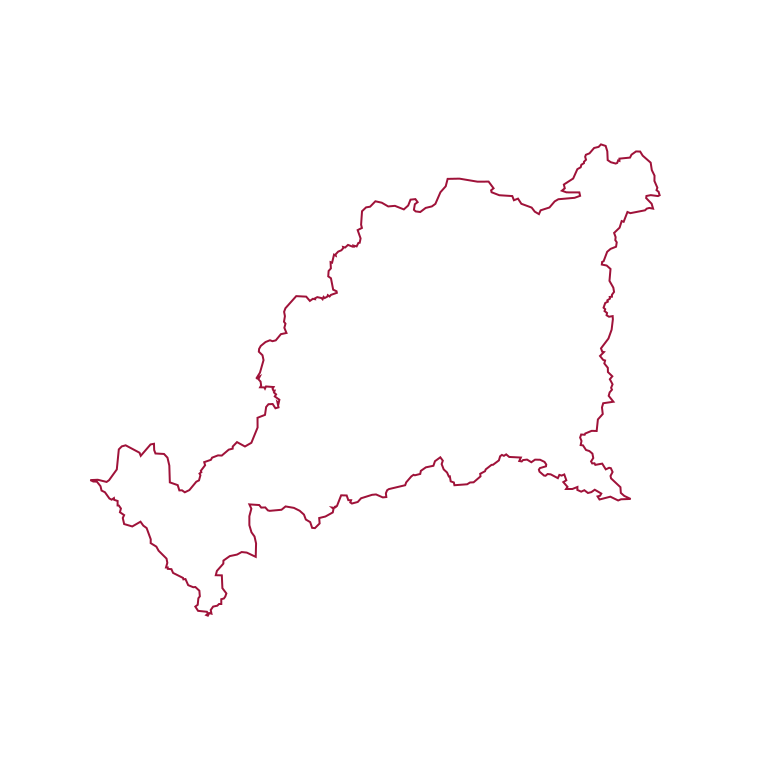 outline of San Martín de Bolaños, Jalisco, Mexico, rotated 79°
{"feature_id": "50627088B70833625521917", "entity_name": "San Martín de Bolaños", "entity_type": "district", "adm_level": 2, "iso_a3": "MEX", "parent_name": "Mexico", "parent_adm1": "Jalisco", "projection": "natural_earth1", "projection_center": [-103.757, 21.572], "detail": "fine", "context": "isolated", "style": "outline", "palette": "rose", "viewbox_px": 768, "rotation_deg": 79, "n_neighbors": 0, "source": "geoboundaries", "source_scale": "gbopen_adm2", "svg_char_len": 6142}
<svg xmlns="http://www.w3.org/2000/svg" viewBox="0 0 768 768"><g transform="rotate(79 384 384)"><path d="M203.8,92.2L206.1,97.3L208.7,99.3L207.7,109.9L209.9,110.3L209.2,111.5L211.5,112.9L211.8,114.5L209.6,119.0L206.9,121.7L198.2,120.4L192.6,121.0L190.2,125.3L192.2,128.1L192.4,132.7L196.8,138.3L197.5,142.1L199.4,143.2L202.4,142.9L204.0,145.3L205.4,145.6L206.4,148.4L208.8,149.6L210.0,153.2L218.4,159.1L222.5,169.4L226.4,169.2L228.2,172.5L230.7,168.3L233.2,155.7L236.7,155.6L237.6,161.4L235.9,177.6L237.3,181.6L242.3,187.9L243.4,197.1L246.8,199.5L243.6,203.1L239.0,205.4L233.3,214.8L227.6,217.1L228.4,221.4L224.0,222.2L220.7,234.8L216.3,241.8L214.3,241.9L212.8,239.1L205.3,242.7L203.2,253.7L196.8,270.8L194.8,282.4L201.7,285.7L206.5,292.0L217.0,299.2L218.8,303.1L219.1,309.5L222.1,315.6L220.6,320.0L218.7,321.4L213.4,319.4L211.9,316.3L208.5,317.9L208.1,322.8L213.4,326.2L216.4,331.2L211.2,339.3L210.5,346.0L205.6,351.6L203.0,357.6L207.3,363.8L207.2,367.9L210.2,372.6L223.3,376.1L226.6,375.9L227.9,380.5L236.6,379.2L240.7,380.9L240.6,382.2L243.7,384.6L242.3,387.6L243.4,387.5L243.2,388.6L240.6,392.8L242.6,396.1L241.7,398.0L242.7,397.9L244.6,400.3L245.3,403.7L247.6,406.9L248.8,406.9L247.5,408.4L255.0,411.8L254.2,413.2L260.4,414.1L262.5,416.8L267.7,418.2L270.1,415.9L281.7,415.9L283.9,412.9L285.5,412.9L286.4,419.1L287.7,420.7L286.1,422.2L287.4,422.9L288.3,425.8L287.0,426.7L289.1,428.1L287.7,429.0L286.0,432.9L286.8,435.5L287.6,435.5L286.8,437.6L288.3,440.9L283.4,443.7L281.0,453.4L290.8,466.3L294.1,468.3L298.5,468.3L303.8,470.3L306.0,469.2L309.8,471.1L315.3,470.0L315.4,475.7L320.5,481.9L320.7,485.3L319.3,487.6L320.2,492.3L323.1,497.7L325.7,499.9L328.4,500.7L332.6,497.8L337.6,497.7L349.2,503.6L354.4,508.4L353.0,504.6L355.3,506.4L358.1,504.7L362.0,504.9L363.6,506.2L364.5,502.1L365.8,501.7L363.9,500.3L365.9,493.0L367.4,494.3L369.4,493.8L369.6,492.6L371.4,493.6L373.6,491.9L375.4,493.6L379.5,489.7L382.7,491.1L381.3,492.1L386.8,492.0L387.1,495.2L382.4,497.1L381.8,501.3L384.1,504.1L391.6,506.7L393.0,514.6L402.6,516.4L416.4,525.4L418.8,532.4L413.0,539.4L416.5,544.4L418.6,544.9L418.8,548.9L423.3,556.9L422.4,560.6L423.5,566.8L425.4,568.4L426.4,575.4L429.6,575.1L434.3,580.4L435.7,580.1L436.7,582.2L438.5,581.6L443.3,584.0L444.1,586.9L451.0,595.3L452.3,600.2L449.8,602.6L449.4,605.2L443.9,605.8L439.7,613.0L423.1,610.3L415.0,610.6L410.7,613.3L408.6,621.6L405.0,622.2L398.8,621.2L398.8,624.7L408.1,636.5L404.8,637.1L394.9,649.3L395.2,653.3L397.6,656.8L416.9,662.6L426.0,672.3L427.2,675.0L423.4,683.2L422.3,690.6L424.3,687.9L425.0,684.5L430.2,681.8L434.7,681.6L437.0,678.6L444.0,675.4L445.6,673.4L444.5,670.9L446.2,671.0L448.0,667.8L452.4,668.7L452.7,667.5L456.0,666.0L459.5,667.7L463.1,664.1L465.7,666.0L471.9,665.8L475.8,658.3L472.7,649.3L477.1,647.3L480.1,644.5L491.9,642.6L495.7,643.4L500.2,638.5L504.6,637.1L513.9,630.8L518.2,630.8L522.5,633.0L522.8,631.3L524.2,631.5L525.2,628.0L529.2,627.1L536.0,618.3L537.5,618.2L537.6,616.1L544.1,614.6L547.1,610.0L547.3,607.9L551.7,604.7L557.3,605.3L558.9,607.1L565.2,609.0L566.5,611.7L571.2,609.8L573.8,601.3L575.8,600.6L576.9,602.5L577.8,601.1L575.5,599.2L576.5,597.2L572.8,597.2L569.9,594.2L569.8,589.9L568.5,588.0L568.9,585.7L564.2,584.8L564.0,582.1L562.4,580.4L559.5,578.7L553.6,581.6L540.9,579.7L539.6,585.6L535.6,583.7L529.7,576.0L526.7,575.3L523.5,568.2L523.4,560.8L521.8,555.8L523.3,550.9L529.2,542.9L516.1,540.0L509.0,540.2L504.3,542.4L496.9,543.1L488.1,541.4L481.1,538.0L476.5,539.1L479.0,529.6L481.9,528.1L482.5,524.1L485.9,522.1L486.7,520.4L487.9,508.6L485.4,504.0L488.4,496.1L492.3,491.0L496.9,487.5L502.1,486.6L505.5,482.8L511.5,482.0L512.3,479.3L508.6,473.8L503.2,473.2L502.9,466.8L500.3,458.8L497.0,457.4L495.4,458.6L496.1,456.7L495.7,455.3L494.2,455.6L495.6,455.1L494.7,453.4L485.1,447.3L486.3,441.9L491.2,441.2L491.8,438.5L493.8,439.7L495.2,438.3L494.8,432.3L491.8,428.3L490.5,416.8L490.9,412.9L495.1,406.8L495.4,403.3L491.6,403.0L488.9,401.2L488.1,399.3L487.4,382.5L484.8,381.0L479.9,374.8L478.8,372.3L479.5,371.1L479.2,365.6L476.3,364.4L473.8,358.8L473.7,351.1L469.5,348.7L466.7,342.7L470.5,340.9L473.6,342.7L479.2,341.7L482.9,339.0L487.2,338.0L487.2,337.0L492.3,337.1L494.0,334.2L496.8,334.2L498.3,321.5L497.1,318.4L497.6,314.8L493.1,306.9L490.5,306.7L488.9,301.5L487.2,300.4L483.9,293.9L484.1,292.4L480.9,285.8L477.1,283.8L476.1,281.8L477.4,280.0L476.4,277.5L479.5,275.0L482.3,263.7L485.4,265.9L486.3,263.6L485.2,262.0L485.5,258.0L488.9,254.3L487.1,250.2L488.1,245.3L491.1,241.3L494.0,240.1L495.7,240.7L496.3,247.0L497.6,248.3L499.7,248.1L504.4,244.4L504.9,242.9L503.6,240.6L504.5,237.6L509.6,231.3L506.7,229.2L507.8,227.1L507.2,224.3L513.3,223.4L514.5,226.7L520.0,223.5L521.8,225.3L523.0,219.1L522.0,213.8L524.9,214.4L527.3,211.0L526.5,207.6L529.9,204.6L529.7,201.1L528.0,197.3L533.0,191.6L534.9,193.2L535.1,195.8L538.5,194.5L537.8,183.3L543.0,176.4L542.4,173.3L543.9,163.8L539.7,169.5L536.1,172.3L530.4,171.6L520.0,179.1L517.5,179.2L514.0,176.4L509.9,177.4L509.2,179.0L510.1,182.6L503.8,185.0L503.7,192.0L502.0,192.5L501.7,194.8L499.5,195.5L496.6,192.7L492.1,192.7L489.0,195.2L487.3,198.3L482.2,200.4L481.5,202.6L477.6,201.0L474.0,201.7L471.2,200.1L472.1,196.7L471.0,195.9L469.6,189.1L470.7,184.2L459.6,180.8L455.2,175.0L448.6,174.5L444.7,172.5L445.2,162.2L438.5,165.7L435.3,164.1L433.1,161.3L431.1,161.8L427.9,159.7L422.4,161.4L420.0,158.4L415.0,161.9L410.8,161.2L405.9,163.8L403.1,162.5L402.1,164.3L397.7,166.6L394.6,162.0L393.9,163.6L390.4,164.2L382.2,155.0L374.1,150.2L364.2,147.0L361.0,146.6L360.9,150.3L359.0,152.4L356.8,151.5L354.5,153.6L352.8,152.6L351.0,153.9L346.7,151.4L345.9,148.6L344.5,148.8L343.3,145.9L341.6,145.8L341.8,143.6L339.9,143.2L337.5,140.6L333.2,140.5L325.8,143.0L314.3,139.7L310.2,142.8L308.3,147.4L305.8,146.6L305.4,145.0L296.8,139.7L294.6,135.8L293.5,130.0L289.3,128.5L286.9,129.5L284.0,128.6L279.6,129.3L275.5,122.9L269.4,119.6L270.5,117.8L261.6,112.2L263.3,109.6L263.3,94.6L262.0,92.6L261.8,90.0L263.2,86.4L258.1,86.9L251.5,91.2L249.5,90.5L249.5,86.1L251.8,79.2L251.3,77.4L247.7,77.8L245.7,79.5L243.5,78.2L236.3,79.8L231.1,78.7L225.1,80.3L217.6,80.0L209.2,86.5L204.7,88.2L203.8,92.2Z" fill="none" stroke="#9f1239" stroke-width="2"/></g></svg>